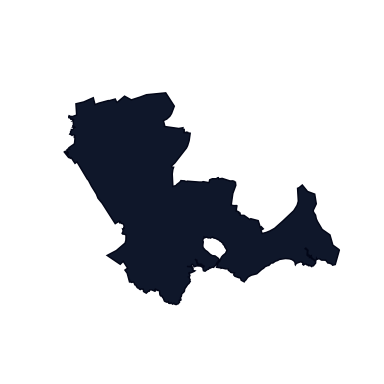 the district of Maungakiekie-TÄmaki Local Board Area, Auckland, New Zealand, rotated 60°
{"feature_id": "76426892B3481372105760", "entity_name": "Maungakiekie-TÄmaki Local Board Area", "entity_type": "district", "adm_level": 2, "iso_a3": "NZL", "parent_name": "New Zealand", "parent_adm1": "Auckland", "projection": "natural_earth1", "projection_center": [174.844, -36.902], "detail": "fine", "context": "isolated", "style": "filled", "palette": "ink", "viewbox_px": 384, "rotation_deg": 60, "n_neighbors": 0, "source": "geoboundaries", "source_scale": "gbopen_adm2", "svg_char_len": 6064}
<svg xmlns="http://www.w3.org/2000/svg" viewBox="0 0 384 384"><g transform="rotate(60 192 192)"><path d="M75.3,202.5L77.0,212.1L75.7,212.3L73.1,212.0L71.4,218.5L71.0,218.7L68.5,228.1L67.8,232.3L61.0,230.4L59.9,240.7L57.6,248.4L67.7,253.4L66.9,257.8L65.6,259.6L64.5,260.3L64.9,260.9L66.0,261.5L67.3,260.3L68.4,260.5L68.8,259.4L69.3,259.0L69.3,259.4L70.2,258.4L70.5,258.7L70.7,259.5L70.8,259.2L74.9,261.2L74.9,261.9L76.0,262.5L76.1,262.9L76.6,262.4L76.7,261.1L77.4,260.9L77.3,262.6L77.8,262.8L78.5,264.1L77.6,265.2L78.5,265.9L79.2,267.1L79.9,267.2L80.8,268.9L81.9,268.0L83.0,267.6L82.8,266.2L84.5,265.3L85.3,266.4L85.9,266.6L86.1,266.0L86.4,266.0L91.1,269.4L91.6,270.3L92.1,276.4L93.6,276.6L92.7,277.7L93.1,279.5L93.8,279.7L96.1,279.5L97.2,280.5L93.4,281.4L93.5,282.6L100.3,281.6L100.2,280.8L101.9,280.6L101.9,279.4L108.7,279.0L108.4,276.5L128.4,276.2L130.2,275.8L136.6,276.1L145.9,275.8L150.4,276.5L156.7,275.4L181.0,274.3L180.8,269.9L182.2,270.0L181.7,269.0L182.1,268.9L182.3,269.3L183.7,269.0L185.1,267.5L187.7,267.7L188.5,268.8L189.5,269.0L189.4,269.6L189.8,270.4L189.5,270.6L191.4,271.1L192.9,273.2L193.8,273.0L194.8,271.5L196.4,270.7L200.8,273.4L202.8,275.5L204.9,286.8L204.5,297.2L218.7,290.3L217.6,286.2L225.8,285.8L226.1,289.1L229.9,288.7L237.7,290.8L237.3,290.2L239.1,290.5L239.4,289.8L240.1,289.5L240.4,288.2L240.7,287.7L241.5,287.5L243.8,287.9L244.9,287.0L245.9,287.3L247.8,287.1L248.2,286.3L249.7,286.1L250.6,285.6L250.7,284.3L251.9,282.8L254.0,283.7L256.7,282.2L256.1,279.5L256.5,278.6L255.9,277.9L255.8,277.3L256.5,275.9L259.4,273.7L259.3,273.1L257.9,273.1L257.7,272.4L258.1,271.9L259.9,271.2L259.9,270.7L261.5,269.6L264.2,270.9L265.7,271.2L266.7,270.8L266.7,270.2L267.4,269.9L268.6,270.2L269.5,269.9L272.5,270.4L273.3,270.1L275.0,268.7L275.0,267.4L276.7,267.7L277.6,266.7L277.5,265.4L279.3,265.0L279.5,264.4L279.3,263.2L280.3,263.1L281.1,262.6L281.7,261.6L281.6,260.8L281.9,260.0L281.1,257.8L279.8,257.5L279.4,257.0L280.1,255.9L279.4,255.2L278.2,255.1L277.4,254.5L277.1,253.5L275.1,251.8L274.5,249.0L273.9,248.0L272.4,247.0L272.3,246.5L271.5,245.6L271.5,245.1L270.0,242.1L269.6,240.2L268.5,238.2L267.9,238.4L266.8,237.4L265.8,237.5L264.6,237.0L263.9,237.4L263.9,236.7L263.5,235.7L261.8,235.3L261.0,235.5L260.5,235.1L260.6,234.3L261.3,233.9L261.8,229.8L261.7,229.0L260.9,229.9L259.9,230.3L259.6,229.9L258.9,230.1L258.8,229.5L257.9,229.7L257.7,229.3L257.5,229.7L256.9,229.3L254.5,233.0L253.7,233.2L254.5,232.8L256.1,229.8L254.8,228.7L254.7,228.0L255.3,227.6L257.8,227.3L258.4,224.7L260.4,221.7L261.8,220.9L261.3,220.5L259.9,220.6L259.3,221.1L259.6,221.9L259.5,222.5L258.5,223.3L256.3,223.5L254.4,222.7L252.6,222.9L251.6,222.7L252.8,222.5L253.3,221.9L256.0,222.7L257.8,222.3L258.3,221.9L258.9,220.3L259.9,219.6L261.6,219.4L261.4,219.1L262.0,218.6L262.5,218.8L263.2,220.5L265.1,221.2L265.9,221.4L267.1,220.3L266.8,217.7L267.1,216.2L266.2,214.6L267.0,214.4L267.2,212.0L268.1,210.9L267.5,209.8L267.5,208.5L265.6,205.6L264.6,202.9L264.2,202.4L262.9,202.3L258.9,204.0L257.2,206.3L254.7,207.6L251.3,208.5L249.1,209.6L245.6,210.2L243.7,209.4L240.8,207.2L239.3,206.9L238.3,206.0L237.9,204.8L237.0,204.0L238.0,203.7L238.4,201.8L239.8,201.0L240.6,199.3L241.1,199.1L241.2,196.8L241.6,196.9L242.2,196.1L242.6,196.2L244.3,194.4L245.9,193.6L246.1,193.0L248.8,192.2L249.4,191.6L250.7,191.4L251.4,190.7L252.6,191.2L254.7,190.7L256.1,191.0L259.9,190.8L261.9,193.6L262.5,197.2L263.2,199.1L265.8,202.7L266.2,204.4L269.5,208.3L271.4,205.9L271.6,204.9L272.1,204.5L272.6,204.9L272.9,203.9L275.3,201.4L276.6,199.2L278.0,199.6L279.9,198.7L280.9,198.6L281.9,197.7L282.1,197.2L282.9,196.6L283.4,195.7L284.6,197.3L286.3,197.0L289.5,194.4L290.2,193.3L291.8,193.2L293.0,193.5L295.9,191.7L295.3,190.6L295.2,189.6L293.8,186.5L293.6,185.0L293.7,182.2L295.2,176.8L293.9,170.4L293.8,168.1L293.2,166.0L293.6,162.8L294.0,162.3L293.1,158.9L293.9,157.4L293.6,154.5L294.1,152.1L294.1,150.0L296.3,144.3L298.5,141.1L300.2,139.4L302.4,138.2L304.6,138.0L305.8,138.5L306.0,138.2L306.2,138.7L306.7,138.8L306.1,137.6L306.1,136.3L306.7,133.0L307.6,132.0L308.5,131.6L309.4,131.6L310.1,132.3L311.1,131.8L310.8,130.9L311.3,129.2L312.3,129.1L312.8,128.1L313.6,128.2L314.0,127.9L313.9,127.4L314.4,127.4L314.7,126.5L316.4,125.6L316.1,125.1L316.6,123.8L315.4,120.6L314.2,119.7L312.2,120.6L311.3,120.7L310.0,121.5L308.4,121.9L307.7,122.4L307.5,123.2L307.1,123.8L307.4,122.7L306.8,122.2L306.0,122.6L305.3,123.6L304.2,123.9L300.5,121.4L299.5,121.4L298.1,122.4L297.7,122.3L298.0,121.8L297.7,121.4L300.4,120.7L302.1,122.0L304.5,123.1L305.2,122.2L306.7,121.4L306.8,120.6L307.6,121.3L308.2,120.9L309.7,120.9L312.6,119.6L313.2,119.1L312.6,117.8L312.0,117.4L312.8,117.4L313.3,115.2L315.7,113.9L317.9,110.3L321.5,109.8L322.1,108.7L323.3,107.9L323.6,107.2L325.7,106.8L326.4,104.2L316.0,93.5L315.3,93.5L308.4,96.6L298.1,94.0L289.5,98.0L280.2,98.1L277.4,97.8L273.8,96.6L270.5,96.8L269.2,96.6L268.2,95.8L264.4,90.3L255.2,86.8L249.3,91.7L241.1,93.0L241.8,97.1L241.6,98.7L253.1,104.5L256.1,107.6L259.1,113.2L262.6,127.9L264.8,138.7L264.7,144.0L264.2,147.7L263.1,152.0L259.6,151.5L259.5,148.7L256.7,149.4L257.1,150.6L249.9,149.0L244.5,154.5L244.7,155.7L238.3,158.6L236.3,161.8L234.3,161.0L234.0,161.8L233.1,161.4L232.9,161.8L232.1,161.8L230.7,163.2L230.1,162.6L229.8,162.8L226.4,160.0L226.1,160.1L224.7,162.7L222.9,164.6L213.7,157.4L208.1,150.7L205.2,149.5L205.0,150.2L203.7,150.2L202.8,151.1L201.4,153.6L195.3,159.1L194.1,162.3L192.8,162.0L192.5,162.8L192.7,164.3L190.7,167.8L190.3,170.6L192.2,172.3L192.2,172.9L188.6,177.2L188.4,178.4L186.8,181.1L180.3,190.6L180.6,190.9L179.3,192.8L178.8,192.7L176.6,195.9L177.0,196.4L177.5,198.1L177.9,201.3L178.4,202.8L177.6,205.8L166.5,200.1L163.0,197.4L161.4,195.6L160.5,196.9L159.2,196.8L158.2,192.3L151.1,174.8L149.6,172.6L146.2,168.9L140.2,164.2L138.5,166.3L138.1,166.0L137.3,167.0L137.8,167.3L136.5,169.3L136.1,169.0L136.2,168.8L133.9,167.5L132.7,168.7L131.8,167.8L130.4,171.7L121.5,183.1L121.2,182.6L115.9,181.1L116.2,177.4L115.3,173.3L113.8,170.5L108.8,164.4L93.0,165.2L85.0,182.8L83.9,189.3L81.9,198.5L75.3,202.5Z" fill="#0f172a" stroke="#020617" stroke-width="1.5"/></g></svg>